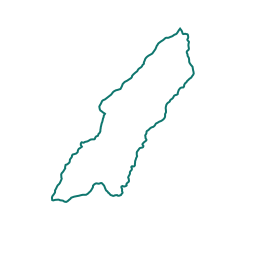 the district of Khipisa, Daga, Bhutan, rotated 233°
{"feature_id": "84629894B72063035508805", "entity_name": "Khipisa", "entity_type": "district", "adm_level": 2, "iso_a3": "BTN", "parent_name": "Bhutan", "parent_adm1": "Daga", "projection": "equal_earth", "projection_center": [89.941, 27.038], "detail": "fine", "context": "isolated", "style": "outline", "palette": "teal", "viewbox_px": 256, "rotation_deg": 233, "n_neighbors": 0, "source": "geoboundaries", "source_scale": "gbopen_adm2", "svg_char_len": 5870}
<svg xmlns="http://www.w3.org/2000/svg" viewBox="0 0 256 256"><g transform="rotate(233 128 128)"><path d="M165.2,124.8L165.1,123.5L164.4,122.2L163.6,120.7L163.1,119.4L162.4,118.0L161.3,117.4L159.8,116.7L158.5,116.5L157.5,116.9L155.1,117.5L153.7,118.1L153.2,118.2L152.5,116.2L151.3,115.0L150.5,113.6L149.4,112.4L148.2,110.9L147.6,109.8L146.9,109.0L146.5,108.5L145.7,107.6L145.1,106.8L144.3,106.1L143.4,105.1L142.0,103.9L141.2,102.5L141.0,100.9L139.9,99.3L140.4,97.6L140.1,96.1L139.3,95.2L139.3,94.2L140.5,92.6L141.3,91.1L141.5,89.0L141.7,87.6L142.8,85.2L142.9,83.8L144.5,82.3L144.1,81.1L142.9,80.1L140.8,79.9L140.8,77.6L141.0,76.2L140.3,74.6L139.0,73.2L138.8,71.3L139.2,70.1L140.1,67.8L139.7,66.7L138.8,65.9L138.4,64.8L137.8,62.7L136.2,61.2L135.7,60.4L135.5,57.8L136.1,56.0L134.5,54.1L133.6,53.6L132.9,51.8L132.2,50.0L131.7,47.6L130.9,46.5L129.7,45.8L128.8,45.1L127.6,44.7L126.9,43.8L125.1,40.5L124.7,39.2L124.5,37.3L123.9,36.0L122.7,33.7L122.1,32.2L121.2,31.6L120.4,30.8L119.6,28.6L119.3,27.3L118.9,26.3L118.0,25.2L116.0,24.1L115.2,24.7L114.3,26.8L112.7,29.3L111.8,30.0L111.1,30.3L110.2,31.3L109.2,32.3L107.5,32.9L106.2,34.1L105.9,35.6L106.1,38.0L106.1,39.3L106.5,40.7L105.6,43.6L104.6,45.7L103.4,48.1L102.7,49.9L101.8,51.8L100.7,53.2L99.9,54.4L99.7,56.3L100.0,58.7L100.1,60.1L100.8,62.0L101.8,64.3L103.0,65.4L103.3,67.2L103.2,68.3L103.1,68.7L103.0,69.1L102.6,69.7L102.0,70.2L101.1,71.1L100.9,71.5L100.5,72.9L100.2,73.4L100.0,73.7L99.7,73.9L98.8,74.0L98.1,74.1L96.7,74.2L96.3,74.2L95.8,74.1L94.7,73.8L94.1,73.6L93.4,73.4L92.7,73.3L92.3,73.1L91.6,73.0L91.0,73.0L90.6,73.2L90.2,73.2L89.4,73.4L88.3,73.3L88.0,73.3L87.6,73.6L87.2,73.6L86.3,73.7L85.9,73.7L85.6,73.7L85.2,73.8L84.8,73.9L83.8,74.6L82.8,75.2L82.5,75.6L82.3,76.1L82.2,76.7L82.1,77.0L81.9,77.5L81.6,77.8L81.2,78.6L81.0,78.9L80.7,79.0L80.2,79.1L79.8,79.4L79.5,79.8L79.3,80.1L79.0,81.1L78.8,81.6L78.7,82.0L79.0,82.7L79.2,83.3L79.4,84.4L79.7,84.8L80.2,85.0L80.7,85.1L81.1,85.2L81.8,85.7L82.4,86.3L83.6,86.8L84.2,86.8L84.6,87.0L84.9,87.2L85.2,87.6L85.1,88.2L85.0,88.7L84.7,88.9L84.0,89.3L83.5,89.8L83.4,90.1L83.1,90.8L83.0,91.2L82.9,91.8L82.9,92.2L83.1,92.5L83.6,92.6L84.0,92.8L84.3,93.3L84.5,94.1L84.6,94.6L84.6,95.0L84.6,95.8L84.7,96.3L85.1,96.9L85.8,97.3L87.0,98.0L87.4,98.1L87.9,98.2L88.3,98.3L88.6,98.6L89.0,99.3L89.6,100.7L90.1,101.7L90.5,102.2L91.1,102.5L91.6,103.1L91.9,103.5L92.0,104.0L92.3,105.4L92.4,105.8L92.6,106.1L92.9,106.4L93.2,106.6L93.6,106.8L93.9,106.9L94.6,107.0L95.0,107.4L95.1,107.8L95.0,108.3L94.7,108.5L94.0,109.2L93.7,109.9L93.8,110.3L93.9,110.7L94.1,111.1L94.4,111.3L94.9,111.7L95.5,112.2L96.4,113.1L97.2,113.7L97.4,114.0L97.9,114.8L98.5,115.7L99.0,116.3L99.2,116.7L99.6,117.5L99.9,118.1L100.1,118.4L100.8,118.6L101.2,118.8L102.0,119.4L102.4,119.7L103.1,120.2L103.3,120.5L103.6,120.9L103.7,121.4L103.8,121.7L104.0,122.2L104.2,123.0L104.7,124.5L104.8,125.0L104.8,125.4L104.7,125.8L104.5,126.2L103.8,127.7L103.7,128.1L103.7,128.5L104.0,129.1L104.3,129.4L104.7,129.6L105.6,129.5L106.3,129.7L106.6,130.2L106.9,131.6L107.0,132.6L107.0,133.2L107.0,133.8L107.0,134.7L107.1,135.1L107.4,135.6L107.8,135.7L108.1,135.8L108.9,135.8L109.3,135.9L109.7,136.1L110.3,136.6L111.5,137.1L111.7,137.4L111.9,137.7L112.1,138.1L112.2,138.5L112.5,139.2L112.8,139.6L113.1,139.9L113.9,140.6L114.1,141.0L114.2,141.5L114.1,142.3L114.1,143.0L114.1,143.4L114.4,145.2L114.4,146.1L114.4,146.6L114.3,147.2L114.1,147.8L113.9,148.4L113.7,148.8L113.7,149.2L113.7,149.7L113.8,150.4L113.9,151.0L114.6,152.5L114.7,152.9L114.7,153.3L114.5,154.3L114.4,154.9L114.3,156.3L114.2,156.9L113.8,158.3L113.7,158.7L113.6,159.5L113.6,160.1L113.6,160.8L113.6,161.4L113.8,162.4L113.9,162.8L114.3,163.7L114.6,164.2L115.0,164.6L115.4,165.0L116.1,165.4L116.5,165.8L116.8,166.0L117.2,166.8L117.6,167.6L117.8,167.9L119.7,169.2L120.8,169.8L121.8,170.6L122.8,171.8L123.1,172.2L123.5,172.7L123.8,173.5L124.0,174.3L124.1,175.0L124.0,176.5L124.0,177.0L124.2,177.6L124.6,178.0L124.9,179.2L124.8,180.7L125.0,182.2L125.2,182.5L126.0,184.3L125.8,185.6L125.2,186.9L125.2,187.6L125.2,188.2L126.1,188.9L127.0,190.2L127.7,191.2L128.1,192.4L128.4,193.7L128.2,194.9L127.1,196.7L127.5,197.8L128.5,198.7L129.3,200.3L129.4,202.2L129.9,203.4L130.1,205.3L130.3,206.7L130.2,208.8L130.9,210.7L131.3,212.2L132.0,213.3L133.4,214.1L134.6,214.6L136.2,215.4L138.1,216.4L139.5,216.3L140.9,216.2L142.1,216.3L143.3,216.4L144.5,217.0L145.4,217.7L147.2,218.7L148.0,218.9L148.9,218.9L149.9,219.1L150.5,219.6L151.5,220.0L152.6,220.2L153.4,220.7L153.8,221.2L154.0,223.4L154.5,224.2L155.2,224.7L155.9,225.0L156.6,225.4L157.3,225.7L158.5,226.7L159.0,227.2L159.4,227.8L160.0,228.4L160.4,228.6L161.4,228.4L162.4,228.4L162.8,228.5L163.2,229.0L163.4,229.7L164.0,230.5L164.8,231.1L166.5,231.9L167.0,231.9L167.3,231.7L167.8,231.2L168.8,230.4L169.2,229.7L169.5,229.0L169.9,228.6L170.5,228.5L171.2,228.7L171.9,229.0L172.8,229.2L173.5,229.4L175.2,229.4L176.0,229.4L175.4,227.2L174.9,226.1L174.1,223.8L174.1,222.6L174.4,221.8L174.6,221.0L174.6,220.2L174.6,219.2L174.7,218.4L174.9,217.6L175.2,216.8L175.5,215.4L175.7,214.8L175.9,214.3L176.8,213.2L177.1,212.7L177.3,212.0L177.2,210.6L177.1,209.6L177.1,208.6L177.3,206.4L177.3,204.6L177.3,203.4L177.1,202.6L176.6,201.6L176.4,200.6L174.6,197.6L174.1,196.2L172.9,192.4L172.9,191.6L173.0,190.7L173.2,189.3L173.4,187.9L173.4,186.1L173.3,185.3L173.1,184.3L172.7,183.2L172.4,182.7L171.9,182.1L171.0,180.4L170.6,179.9L169.9,179.5L169.7,179.2L169.6,178.5L169.6,177.7L169.4,177.2L168.9,176.3L168.7,175.4L168.7,174.3L168.8,173.3L168.8,172.4L168.7,171.6L168.2,170.3L167.9,169.8L167.8,169.4L167.8,168.9L167.8,167.3L167.7,166.1L167.6,164.7L167.2,162.7L166.5,162.0L166.0,160.7L166.1,159.3L166.2,157.7L166.3,155.8L166.8,153.1L166.6,151.8L166.3,150.2L165.1,148.4L163.9,146.0L163.7,145.4L164.0,144.6L164.5,143.1L165.4,141.0L165.7,139.1L165.7,137.9L165.4,136.7L164.8,134.7L164.7,128.8L164.7,126.7L165.2,124.8Z" fill="none" stroke="#0f766e" stroke-width="2"/></g></svg>